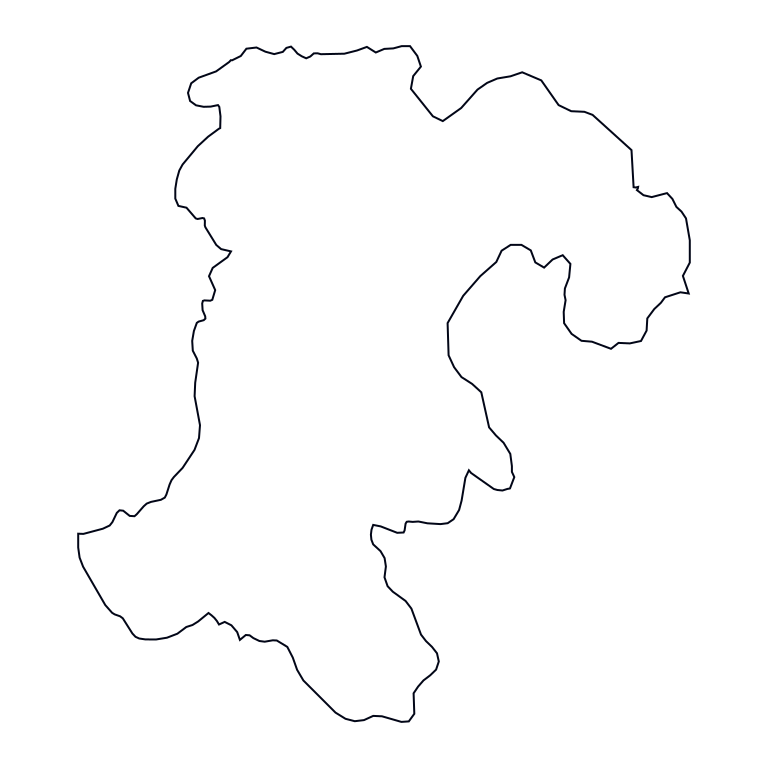 SVG path tracing the border of Champasak
{"feature_id": "LAO-3280", "entity_name": "Champasak", "entity_type": "Province", "adm_level": 1, "iso_a3": "LAO", "parent_name": "Laos", "parent_adm1": "", "projection": "natural_earth1", "projection_center": [105.911, 14.688], "detail": "fine", "context": "isolated", "style": "outline", "palette": "ink", "viewbox_px": 768, "rotation_deg": 0, "n_neighbors": 0, "source": "natural_earth", "source_scale": "10m", "svg_char_len": 3429}
<svg xmlns="http://www.w3.org/2000/svg" viewBox="0 0 768 768"><path d="M203.6,106.8L196.0,105.3L190.1,101.0L188.0,92.9L191.2,83.3L198.7,77.7L216.1,71.4L229.3,61.9L230.8,60.2L232.1,60.3L240.8,56.0L246.4,48.7L256.5,47.5L265.4,51.7L274.2,54.1L282.8,51.9L286.4,47.9L291.0,46.6L294.3,49.8L297.5,53.6L301.8,56.3L306.2,58.3L310.3,56.5L313.8,53.4L317.6,53.3L320.9,54.2L344.4,53.7L357.0,50.5L366.9,46.9L375.8,52.5L384.3,48.9L393.3,48.4L401.8,46.1L410.0,46.1L417.3,55.9L420.9,66.6L413.2,76.1L410.9,88.8L432.9,116.3L442.8,121.1L461.2,108.0L477.5,89.6L487.1,82.9L497.3,78.5L510.5,76.3L522.2,72.3L541.3,80.4L558.6,105.1L571.2,111.2L584.4,111.8L592.6,114.9L631.5,150.1L633.6,187.2L635.7,187.5L638.1,186.9L637.8,188.6L636.9,190.1L643.5,195.2L651.7,197.1L667.0,193.1L672.4,198.9L676.4,206.9L681.5,211.6L686.0,218.4L689.8,240.3L689.8,262.6L682.9,275.9L688.7,293.5L680.4,292.3L665.0,297.3L660.9,302.8L654.3,309.0L647.3,318.4L646.6,330.6L641.0,341.0L629.8,343.4L618.5,342.9L611.0,348.8L592.0,341.7L581.5,340.8L571.6,333.9L564.1,323.2L563.7,311.9L565.6,300.2L564.5,294.8L564.9,288.5L569.1,277.4L570.4,263.9L562.7,255.2L552.6,259.5L544.1,267.6L535.3,262.4L530.8,250.4L521.5,244.9L510.6,244.9L501.6,250.7L496.3,262.0L480.3,276.1L463.2,295.8L447.6,323.1L448.6,355.3L454.1,367.2L461.5,377.1L472.1,383.9L481.3,392.3L489.1,427.4L495.9,435.4L503.6,442.8L510.3,453.9L511.9,466.1L511.9,471.9L514.3,477.1L510.0,488.4L509.9,488.5L507.5,488.9L502.5,490.5L497.4,490.0L493.8,489.0L471.1,473.0L468.9,470.3L465.4,477.8L461.6,500.6L459.1,510.0L453.6,519.2L447.7,523.2L440.5,524.1L427.4,523.3L418.4,521.5L412.6,521.9L408.6,521.5L406.7,521.8L405.6,523.6L404.6,530.4L403.6,532.5L397.2,532.8L380.7,526.4L373.2,524.9L371.5,529.7L370.9,534.7L371.4,539.7L373.2,544.4L380.5,551.1L384.6,558.1L385.9,566.5L384.5,577.3L387.6,586.2L392.8,591.7L405.6,601.0L411.4,608.6L421.0,634.6L426.0,641.1L432.0,646.9L437.0,653.3L438.8,661.5L436.1,669.6L430.2,675.3L423.5,680.4L418.1,686.6L413.6,693.3L414.3,713.8L408.8,721.4L401.4,721.9L382.0,716.3L373.2,715.9L364.0,720.1L354.8,721.2L345.5,718.8L343.9,717.8L335.5,712.6L303.4,680.5L297.1,669.8L292.8,657.6L287.3,646.9L276.8,640.5L272.8,640.3L264.7,641.7L259.4,641.0L253.4,638.1L249.6,635.3L245.8,635.0L239.9,639.9L237.2,632.1L231.4,625.3L224.7,621.9L219.0,624.5L216.9,621.0L214.4,617.9L211.5,615.3L208.5,613.0L198.1,621.5L192.5,625.0L186.3,627.0L177.4,633.7L167.0,637.7L155.9,639.5L145.3,639.4L139.2,638.5L135.5,636.8L132.4,633.5L122.8,618.3L120.1,616.3L114.7,614.4L112.1,612.8L105.3,605.1L83.1,566.7L79.6,557.6L78.2,547.5L78.2,533.7L83.4,533.9L102.9,528.7L109.7,525.5L112.4,522.1L116.8,512.9L119.5,510.3L123.2,510.7L129.7,515.9L134.5,516.2L136.7,514.3L143.7,506.3L146.7,503.6L151.0,501.9L160.9,499.8L164.8,497.6L166.4,494.5L169.6,484.5L171.5,480.2L173.9,477.0L182.6,467.9L194.5,449.9L199.0,438.1L200.0,425.2L194.6,396.2L195.2,382.8L198.1,362.7L196.8,358.5L192.8,350.7L192.2,340.9L193.9,331.0L196.8,322.9L198.6,321.6L203.7,320.2L205.4,318.6L205.2,316.3L202.6,310.2L202.2,303.5L202.9,300.9L204.4,300.4L210.3,300.7L212.3,299.8L215.2,290.1L209.0,276.2L212.7,267.9L227.5,257.2L231.0,251.4L221.1,249.1L216.3,245.0L205.4,227.3L204.8,225.5L204.9,220.6L204.1,218.4L202.5,218.0L197.6,219.0L195.7,218.4L186.5,207.7L178.4,205.9L175.3,198.6L175.3,188.8L176.8,179.4L179.3,170.5L182.6,164.5L197.8,146.2L208.1,136.7L218.8,128.8L220.2,128.1L220.5,116.3L219.3,106.9L218.0,105.1L210.7,106.6L203.6,106.8Z" fill="none" stroke="#020617" stroke-width="2"/></svg>